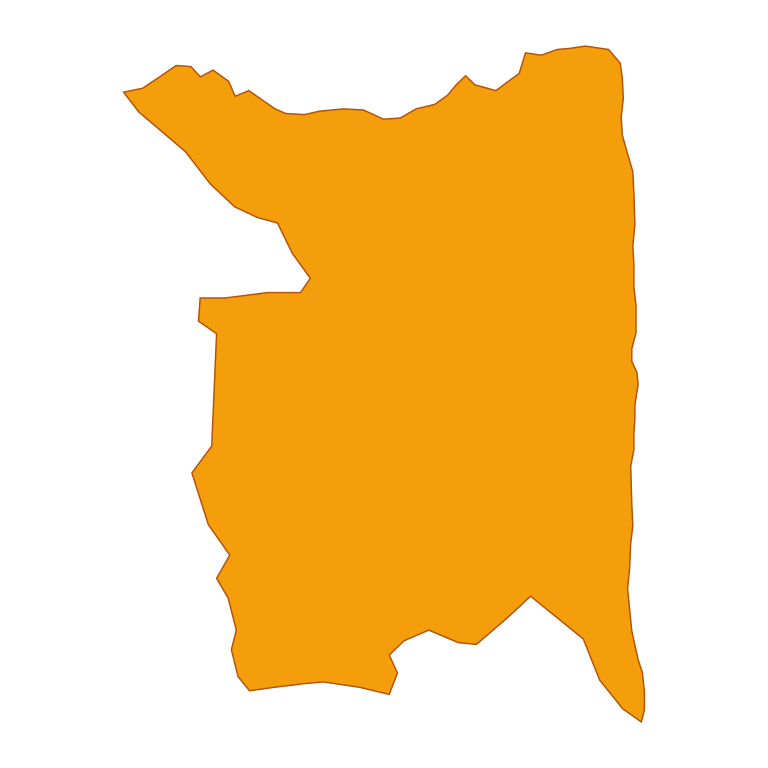 outline of Trapeza, Cyprus
{"feature_id": "46923920B69284380366179", "entity_name": "Trapeza", "entity_type": "district", "adm_level": 2, "iso_a3": "CYP", "parent_name": "Cyprus", "parent_adm1": "", "projection": "equal_earth", "projection_center": [33.486, 35.312], "detail": "fine", "context": "isolated", "style": "filled", "palette": "amber", "viewbox_px": 768, "rotation_deg": 0, "n_neighbors": 0, "source": "geoboundaries", "source_scale": "gbopen_adm2", "svg_char_len": 1426}
<svg xmlns="http://www.w3.org/2000/svg" viewBox="0 0 768 768"><path d="M641.3,721.9L644.4,710.0L644.4,691.7L642.3,672.2L638.1,659.7L631.8,631.1L629.7,610.5L627.6,588.8L629.7,567.1L630.7,543.1L632.8,525.9L631.8,504.2L630.7,466.5L633.9,449.4L633.9,433.4L634.9,418.5L634.9,404.8L638.1,384.2L637.0,372.8L631.8,361.4L631.8,348.8L636.0,332.8L636.0,305.4L633.9,287.1L633.9,264.3L632.8,246.0L634.9,224.3L633.9,193.4L632.8,171.7L626.5,150.0L622.3,135.2L621.2,116.9L623.3,98.6L622.3,78.1L620.2,63.2L608.6,49.5L585.5,46.1L569.7,48.4L557.1,49.5L541.3,55.2L525.5,52.9L519.2,73.5L506.6,82.6L496.0,90.6L475.0,84.9L465.5,75.8L456.1,84.9L447.6,95.2L435.0,104.3L416.1,108.9L400.3,118.0L383.5,119.2L363.5,110.0L343.5,108.9L319.3,111.2L304.6,114.6L285.6,113.5L275.1,108.9L263.5,100.9L248.8,90.6L235.1,96.3L228.8,81.5L213.0,70.1L200.4,76.9L190.9,66.6L176.2,65.5L156.2,79.2L142.5,88.3L123.6,92.2L138.8,112.0L185.4,151.6L210.1,183.7L234.7,206.9L257.7,217.6L277.5,223.0L292.3,253.3L310.3,278.3L300.5,292.6L267.6,292.6L224.8,298.0L200.2,298.0L198.5,321.2L216.6,333.7L211.7,446.1L191.9,472.9L208.4,524.7L229.8,555.1L216.6,578.3L228.1,597.9L236.3,630.1L231.4,649.7L238.0,676.5L249.5,690.8L274.1,687.3L303.7,683.7L323.5,681.9L359.6,687.3L389.2,694.4L397.5,673.0L389.2,655.1L404.0,640.8L428.7,630.1L458.3,642.6L476.4,644.4L507.6,617.6L530.6,596.2L583.3,639.0L599.7,680.1L622.7,708.8L641.3,721.9Z" fill="#f59e0b" stroke="#b45309" stroke-width="1.5"/></svg>